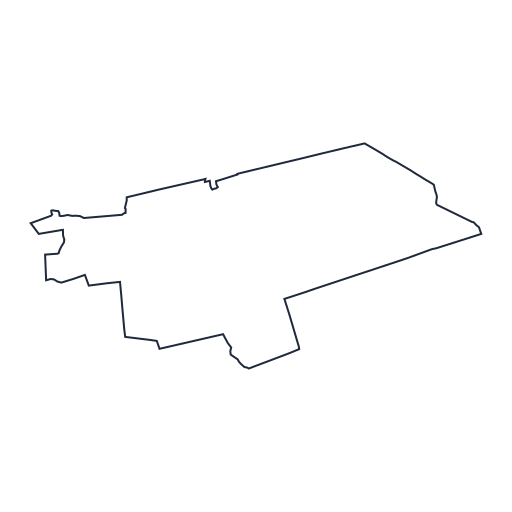 outline of Plopii-Slavitesti, Teleorman, Romania
{"feature_id": "2599482B4381153451423", "entity_name": "Plopii-Slavitesti", "entity_type": "district", "adm_level": 2, "iso_a3": "ROU", "parent_name": "Romania", "parent_adm1": "Teleorman", "projection": "equal_earth", "projection_center": [24.675, 43.97], "detail": "fine", "context": "isolated", "style": "outline", "palette": "slate", "viewbox_px": 512, "rotation_deg": 0, "n_neighbors": 0, "source": "geoboundaries", "source_scale": "gbopen_adm2", "svg_char_len": 1918}
<svg xmlns="http://www.w3.org/2000/svg" viewBox="0 0 512 512"><path d="M159.5,348.8L223.1,334.2L224.7,337.3L227.9,343.2L231.2,347.5L230.3,351.1L230.7,354.6L237.7,359.4L239.0,361.8L241.2,364.2L244.5,367.1L247.0,367.5L248.9,368.5L256.7,365.5L268.7,361.0L276.3,358.1L288.3,353.6L299.2,349.1L298.9,346.9L289.4,314.7L286.9,306.8L284.4,298.9L290.9,296.8L304.7,292.3L314.8,288.8L406.9,258.3L432.1,249.1L436.1,248.3L481.3,233.9L480.2,230.9L479.1,227.6L478.6,226.9L477.0,225.7L476.4,225.2L473.7,222.3L472.1,222.0L457.4,214.8L440.0,206.3L437.1,204.9L436.6,204.3L436.2,203.2L436.2,201.8L436.9,197.3L436.7,195.4L435.3,191.2L433.8,184.8L432.8,184.0L427.8,181.0L426.3,180.2L423.1,178.2L420.1,176.3L419.4,175.9L416.4,174.1L410.5,170.3L400.8,164.6L395.9,161.7L394.8,161.2L393.5,160.6L389.1,158.1L384.5,155.3L383.7,154.6L374.4,149.1L366.8,144.7L365.1,143.7L364.9,143.5L363.5,143.6L361.3,144.2L343.5,148.3L323.4,153.1L300.5,158.7L256.9,169.1L237.4,173.8L237.5,174.5L220.1,180.0L216.0,181.2L216.4,184.5L217.8,187.1L215.9,188.5L214.6,188.6L212.3,189.6L211.5,188.6L210.4,186.1L209.7,180.8L204.9,182.0L204.9,180.6L205.4,178.9L203.2,179.5L159.2,189.5L126.7,197.3L126.7,200.6L125.8,204.3L124.9,208.0L125.6,208.9L125.6,212.9L124.7,213.0L123.4,213.7L122.0,214.8L83.9,218.0L80.0,216.1L75.5,215.7L72.4,215.9L67.5,215.0L64.8,215.6L61.7,216.1L59.6,215.8L59.4,214.5L59.3,213.2L58.8,212.1L58.3,211.1L56.2,210.9L55.8,210.9L55.3,210.8L53.3,210.4L51.8,210.4L51.2,210.8L51.5,212.8L52.2,214.5L51.0,215.8L48.2,216.8L30.7,223.2L38.8,233.9L62.9,229.8L63.1,235.7L64.3,239.6L63.9,242.5L61.6,246.1L59.5,250.2L58.7,253.1L57.6,253.7L45.1,254.6L45.5,264.6L46.0,276.9L46.1,280.3L48.3,279.7L50.5,279.0L52.3,279.2L54.0,279.4L57.3,281.5L61.4,282.6L73.7,278.8L84.9,274.9L88.8,285.6L106.6,283.3L120.0,281.9L121.2,294.7L122.4,308.7L124.3,329.7L125.2,336.9L149.9,339.9L152.5,340.3L156.8,340.9L158.6,346.1L159.5,348.8Z" fill="none" stroke="#1e293b" stroke-width="2"/></svg>